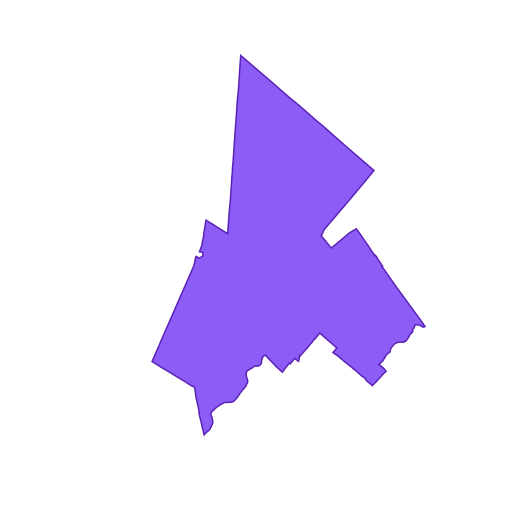 the district of Floresti, Prahova, Romania, rotated 235°
{"feature_id": "2599482B41592580357929", "entity_name": "Floresti", "entity_type": "district", "adm_level": 2, "iso_a3": "ROU", "parent_name": "Romania", "parent_adm1": "Prahova", "projection": "orthographic", "projection_center": [25.793, 45.022], "detail": "fine", "context": "isolated", "style": "filled", "palette": "violet", "viewbox_px": 512, "rotation_deg": 235, "n_neighbors": 0, "source": "geoboundaries", "source_scale": "gbopen_adm2", "svg_char_len": 6108}
<svg xmlns="http://www.w3.org/2000/svg" viewBox="0 0 512 512"><g transform="rotate(235 256 256)"><path d="M220.7,353.8L221.4,345.9L220.4,335.6L219.5,324.2L219.4,322.2L226.6,321.7L229.5,321.5L231.7,321.4L231.7,321.2L232.2,321.1L233.4,321.1L235.1,320.9L235.9,322.7L237.4,325.1L238.5,326.9L238.7,327.7L239.5,330.9L241.3,337.6L243.3,345.4L245.5,353.8L245.5,354.1L245.6,354.3L247.6,361.9L249.2,368.2L251.4,376.1L253.6,384.3L254.7,388.6L257.3,397.8L257.8,399.6L258.2,401.1L258.3,401.7L299.4,391.3L310.2,388.7L317.1,387.1L324.1,385.4L334.0,382.7L340.6,381.1L346.7,379.6L354.6,377.7L364.9,374.7L387.4,369.1L388.4,368.9L393.4,367.6L429.0,358.5L423.5,354.0L417.6,349.2L407.9,341.5L400.0,335.1L397.8,333.0L388.3,325.2L384.7,322.4L382.3,320.4L377.7,316.7L374.8,314.3L369.4,309.8L367.7,308.5L366.0,307.1L363.0,304.7L361.6,303.5L359.5,301.8L357.0,299.9L351.6,295.5L349.4,293.7L346.6,291.5L343.7,289.0L341.8,287.4L338.6,285.0L335.0,281.9L329.2,277.3L327.6,276.1L327.4,275.9L327.2,275.7L326.9,275.4L324.9,273.8L323.0,272.3L319.6,269.6L315.0,265.8L314.6,265.4L314.0,264.9L309.0,260.6L307.8,259.7L307.1,259.0L306.3,258.5L305.2,257.5L303.5,256.2L302.6,255.4L301.1,254.1L300.0,253.3L299.3,252.7L298.4,252.0L296.5,250.4L295.2,249.3L292.9,247.5L290.7,245.9L290.4,245.7L291.8,245.2L292.0,244.9L292.6,244.7L293.0,244.6L293.4,244.4L294.0,244.1L294.7,243.8L296.2,243.2L296.9,242.9L297.7,242.5L298.6,242.2L299.5,241.8L299.7,241.7L301.0,241.1L302.7,240.3L303.0,240.2L303.6,240.1L304.0,239.9L305.7,239.2L306.7,238.8L307.2,238.6L308.5,238.1L308.9,237.9L309.4,237.6L311.3,236.8L311.6,236.7L313.0,236.0L313.4,235.9L314.0,235.6L313.6,235.2L313.4,235.0L312.6,234.1L312.2,233.7L311.8,233.3L310.4,232.0L310.0,231.6L309.4,231.1L308.8,230.6L308.1,229.8L307.0,228.8L306.8,228.6L306.6,228.3L306.0,227.6L305.6,227.3L305.1,226.8L304.4,226.1L303.9,225.7L303.3,225.3L303.1,225.1L302.3,224.5L301.3,223.3L301.0,223.0L299.9,222.1L299.2,221.2L298.8,220.7L297.7,219.6L296.4,218.5L295.8,217.8L295.5,217.4L293.6,214.6L292.4,212.8L291.9,212.2L291.8,212.4L291.4,212.7L290.4,213.6L289.2,214.6L287.6,213.1L286.4,212.1L287.0,208.0L289.9,207.0L290.0,206.8L290.0,206.7L290.0,206.4L288.5,204.7L285.9,202.0L283.9,199.8L283.5,199.2L282.3,197.3L280.7,194.7L277.2,188.9L275.5,186.1L272.4,181.1L271.1,178.9L270.0,177.1L268.4,174.6L267.7,173.3L267.2,172.3L266.4,171.0L264.8,168.6L262.7,165.1L259.4,159.7L259.1,159.3L258.8,158.7L252.3,148.1L251.1,146.2L250.1,144.5L248.0,141.0L246.5,138.6L245.5,136.9L243.1,133.1L240.6,128.9L238.8,126.1L237.8,124.5L235.7,121.0L232.0,115.0L229.3,110.5L229.1,110.3L227.2,111.2L226.1,111.6L224.7,112.2L222.6,113.1L220.5,114.0L218.8,114.7L217.4,115.3L215.8,116.1L214.0,116.9L212.7,117.5L210.7,118.4L208.4,119.4L207.4,119.8L206.4,120.2L205.5,120.6L204.7,121.0L203.4,121.5L202.5,121.9L201.5,122.3L200.7,122.7L198.7,123.6L197.3,124.2L195.8,124.9L193.2,126.1L192.2,126.5L191.3,126.8L189.5,127.5L188.4,128.0L187.7,128.3L186.6,128.7L185.9,129.1L185.6,129.6L185.1,130.0L184.2,130.0L182.6,130.0L181.9,129.6L180.5,128.8L178.9,128.1L177.3,127.2L175.6,126.3L174.4,125.7L173.2,125.2L171.6,124.6L170.6,124.2L170.0,123.9L169.7,123.8L169.2,123.6L168.7,123.3L167.7,122.9L166.2,122.4L165.3,122.0L162.3,120.5L161.9,120.3L161.2,120.0L160.6,119.6L159.7,119.0L157.5,118.1L153.6,116.6L151.7,115.9L145.6,113.4L143.4,112.6L140.9,111.5L139.2,110.9L139.5,111.7L139.6,112.5L139.9,113.7L140.0,114.5L140.1,115.8L140.1,117.1L140.2,117.8L140.6,118.8L141.1,120.1L141.8,121.2L143.3,123.7L144.3,125.1L145.1,125.7L147.1,126.6L149.4,127.5L151.6,128.0L152.4,128.3L152.9,128.6L153.3,129.2L153.6,129.9L153.9,130.8L154.0,132.2L154.2,133.4L154.4,134.4L154.6,136.2L154.6,137.6L154.7,140.0L154.6,141.4L154.4,143.5L154.0,146.0L153.7,146.9L153.0,147.8L151.4,150.3L150.5,151.7L150.1,152.7L150.0,153.1L149.8,153.9L149.8,154.7L150.0,155.8L150.2,156.8L150.4,157.8L150.5,158.7L151.1,160.1L151.6,161.4L152.2,163.1L152.8,164.4L153.3,165.9L153.5,166.7L153.7,167.4L154.0,168.4L154.3,169.8L154.4,170.4L154.8,171.7L155.0,172.5L155.3,173.2L156.2,174.5L156.9,176.2L158.0,177.2L159.1,177.9L160.4,178.3L161.8,178.7L163.8,179.6L165.0,180.3L166.0,181.0L166.6,182.2L166.9,183.2L166.9,185.5L166.8,186.8L166.5,188.9L166.7,190.4L166.6,191.6L166.2,192.4L165.5,193.1L165.0,193.8L164.5,195.0L164.3,195.8L164.3,196.3L164.4,196.9L164.6,197.9L165.1,198.8L165.8,199.6L167.2,200.7L169.1,203.0L169.4,204.1L169.6,205.6L169.5,206.8L162.3,207.8L158.9,208.4L156.4,208.8L153.9,209.1L153.4,209.2L145.7,210.9L146.5,213.3L147.0,214.6L147.7,217.1L148.5,219.8L148.8,221.0L149.0,222.2L148.0,222.4L148.4,223.1L149.3,227.1L149.6,228.5L149.8,229.1L147.0,229.8L145.3,230.5L149.6,234.9L148.9,235.2L150.5,242.0L150.9,243.9L152.2,248.5L152.5,249.3L152.6,249.9L153.1,252.2L153.3,252.9L153.5,253.2L154.2,255.5L154.1,256.0L154.8,258.5L155.2,259.9L155.3,260.3L155.5,261.1L156.0,263.1L156.3,264.0L134.2,269.5L132.9,263.7L131.8,264.1L129.8,264.7L128.7,265.2L126.5,265.8L125.2,266.2L124.1,266.4L123.5,266.6L122.9,266.8L121.9,267.1L121.2,267.3L118.5,268.0L117.9,268.2L117.2,268.4L116.7,268.6L116.1,268.8L115.5,269.0L114.6,269.2L113.9,269.4L113.4,269.5L112.5,269.8L111.6,270.1L110.3,270.5L109.5,270.7L108.4,270.9L107.4,271.2L106.3,271.5L105.2,271.9L104.4,272.1L103.2,272.4L102.3,272.5L101.2,272.8L100.3,273.0L99.4,273.3L98.6,273.4L97.8,273.5L97.1,273.8L95.8,274.2L95.5,274.4L94.5,274.9L90.1,275.1L89.4,275.2L88.9,275.4L86.3,276.2L83.0,277.0L83.4,278.8L84.1,282.4L85.4,288.5L86.1,291.3L86.6,293.8L86.9,296.4L87.8,296.4L89.2,296.3L90.8,296.2L92.6,295.7L94.0,295.3L95.1,294.9L95.5,294.7L96.5,294.4L97.5,300.1L100.2,306.0L100.6,310.9L102.2,312.2L103.8,315.6L104.5,319.1L104.0,322.7L102.5,325.2L100.8,327.3L100.4,330.2L101.4,333.4L103.3,337.0L103.9,340.6L105.9,342.3L106.6,344.5L108.2,346.6L106.9,349.1L105.6,350.1L104.4,351.0L102.8,351.6L101.6,352.4L101.3,354.0L106.5,354.1L136.1,353.5L149.9,353.2L160.9,353.2L169.9,353.2L175.0,353.1L175.1,353.9L175.7,353.8L179.3,354.0L182.2,354.0L184.9,353.9L184.9,354.3L188.1,354.2L188.1,353.5L189.2,353.6L190.8,353.6L193.3,353.6L195.3,353.6L197.1,353.7L200.2,353.8L204.4,353.8L207.4,353.8L209.9,353.8L216.1,353.9L217.9,353.8L220.3,353.8L220.7,353.8Z" fill="#8b5cf6" stroke="#5b21b6" stroke-width="1.5"/></g></svg>